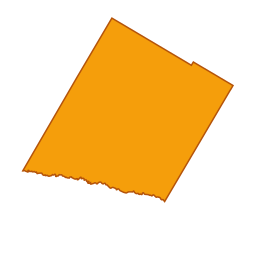 Grand Forks, North Dakota, United States of America, rotated 120°
{"feature_id": "52423323B50078487315509", "entity_name": "Grand Forks", "entity_type": "district", "adm_level": 2, "iso_a3": "USA", "parent_name": "United States of America", "parent_adm1": "North Dakota", "projection": "albers", "projection_center": [-97.051, 47.934], "detail": "fine", "context": "isolated", "style": "filled", "palette": "amber", "viewbox_px": 256, "rotation_deg": 120, "n_neighbors": 0, "source": "geoboundaries", "source_scale": "gbopen_adm2", "svg_char_len": 2978}
<svg xmlns="http://www.w3.org/2000/svg" viewBox="0 0 256 256"><g transform="rotate(120 128 128)"><path d="M114.0,197.5L217.8,197.7L217.7,197.4L217.1,197.3L216.8,197.0L216.3,193.1L216.2,192.7L215.9,192.5L215.7,192.5L215.3,193.1L214.9,193.3L214.6,193.3L214.5,193.1L214.4,192.6L214.9,191.9L214.9,191.6L214.5,191.0L214.2,190.2L213.9,189.8L213.5,189.7L213.5,189.4L213.7,189.0L213.6,188.4L213.5,188.2L212.6,187.6L212.6,187.0L212.7,186.5L212.6,185.9L212.0,185.5L212.0,185.1L212.7,184.3L212.9,184.0L212.8,183.7L211.7,182.6L210.8,181.2L210.4,180.5L210.3,180.0L210.3,179.7L211.0,178.9L211.1,178.4L211.1,177.6L211.0,177.0L210.1,176.4L210.1,175.9L210.4,175.6L210.4,175.3L209.9,174.9L209.4,174.4L209.3,173.8L209.6,173.2L209.2,172.2L207.4,170.4L206.1,170.1L206.1,169.2L205.2,168.2L204.7,168.3L204.6,168.2L204.5,167.8L204.9,167.2L205.2,166.8L206.0,166.4L206.0,166.2L205.9,165.9L204.9,165.2L204.4,164.5L203.4,164.3L203.1,164.4L202.8,164.3L202.6,163.9L202.6,163.4L201.8,162.3L201.7,162.0L201.8,161.6L202.1,161.2L202.3,160.7L201.9,159.7L201.8,158.4L201.9,158.1L202.0,158.0L202.0,157.3L201.6,157.0L201.5,156.7L201.6,155.8L200.7,153.8L199.6,153.8L198.7,152.8L198.7,152.4L199.0,152.1L199.0,151.6L198.9,149.4L198.7,148.2L198.3,147.7L198.0,147.6L197.4,146.9L197.3,146.5L197.8,146.4L198.1,146.0L197.9,145.6L197.4,145.2L195.3,144.8L194.6,144.6L194.2,144.2L194.2,143.9L195.0,143.4L195.2,143.0L194.9,142.5L194.2,142.1L193.9,141.5L193.9,140.8L195.0,140.0L195.0,139.7L193.9,138.6L194.1,137.8L194.8,137.2L194.8,136.7L194.1,135.9L193.9,135.2L194.2,135.1L194.7,135.6L195.3,135.8L195.7,135.4L195.6,134.6L195.3,133.9L194.6,133.4L194.1,133.1L195.1,132.5L195.2,132.1L193.1,130.0L192.0,129.3L191.7,128.5L192.0,127.6L191.9,126.9L191.4,126.6L190.4,126.4L189.3,125.8L188.7,125.1L188.5,124.3L188.6,123.9L189.0,122.8L189.0,122.2L188.8,121.5L187.9,120.9L187.4,120.5L187.4,120.2L187.4,119.9L188.1,119.0L188.2,118.6L187.8,117.7L187.8,117.3L188.3,116.0L188.8,114.0L188.9,113.4L188.8,113.0L188.6,112.7L187.3,111.9L186.9,111.2L186.5,108.3L186.7,107.8L187.2,107.3L187.1,106.8L186.8,106.7L186.1,106.5L185.8,106.3L185.5,105.8L185.5,105.6L185.6,105.1L186.1,103.9L186.2,103.5L185.9,99.7L185.5,98.1L185.2,97.2L184.9,96.8L183.6,96.0L182.9,95.4L181.0,92.0L180.1,91.8L179.8,91.6L179.8,91.4L179.9,91.0L180.5,90.3L180.7,89.1L180.7,88.1L180.2,87.2L179.7,86.8L179.6,86.6L179.6,86.2L179.9,85.8L179.9,85.3L179.8,84.9L179.1,84.4L178.9,83.1L178.6,82.7L178.3,82.7L177.1,82.9L176.5,82.5L176.4,82.2L176.5,81.8L176.9,81.1L177.0,80.8L177.0,80.3L176.8,79.8L175.9,77.9L175.6,77.1L175.4,75.5L174.9,74.8L174.9,74.3L175.0,73.8L174.6,73.2L173.3,72.8L173.2,72.4L173.2,71.6L173.5,70.8L173.6,70.2L173.8,69.6L173.8,69.0L173.6,68.6L173.2,68.3L172.8,67.7L172.4,66.1L172.4,65.4L172.6,64.9L172.6,64.7L173.1,64.0L173.3,63.7L173.3,63.3L173.2,62.6L173.0,62.4L172.7,62.3L172.5,61.9L172.5,61.5L173.3,59.8L173.4,59.5L44.2,58.4L43.1,58.3L38.7,58.3L38.2,104.4L42.0,104.5L40.9,196.9L109.8,197.5L114.0,197.5Z" fill="#f59e0b" stroke="#b45309" stroke-width="1.5"/></g></svg>